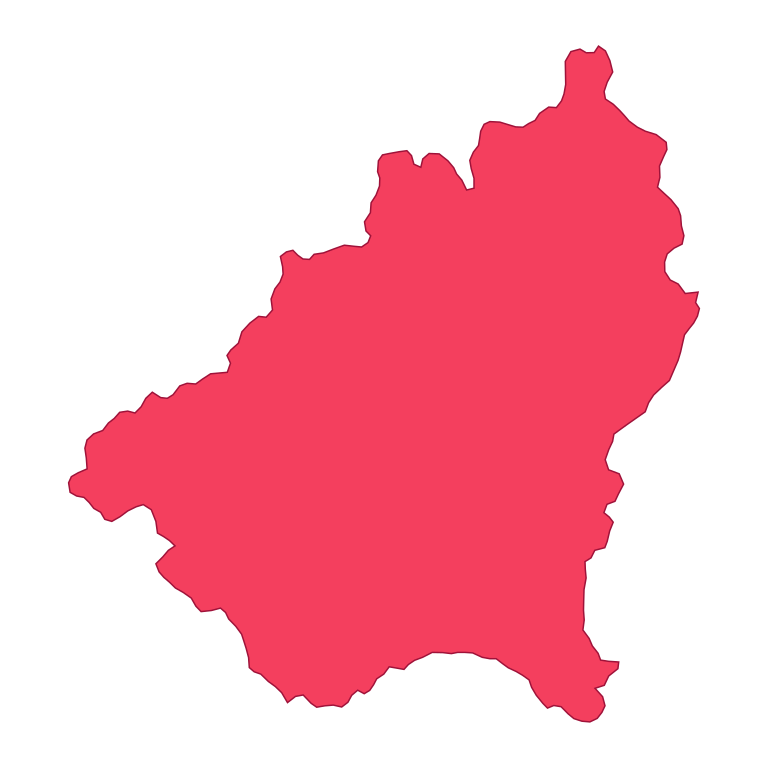 outline of São Sebastião do Maranhão, Minas Gerais, Brazil
{"feature_id": "56859067B30691508843220", "entity_name": "São Sebastião do Maranhão", "entity_type": "district", "adm_level": 2, "iso_a3": "BRA", "parent_name": "Brazil", "parent_adm1": "Minas Gerais", "projection": "orthographic", "projection_center": [-42.542, -18.046], "detail": "fine", "context": "isolated", "style": "filled", "palette": "rose", "viewbox_px": 768, "rotation_deg": 0, "n_neighbors": 0, "source": "geoboundaries", "source_scale": "gbopen_adm2", "svg_char_len": 3584}
<svg xmlns="http://www.w3.org/2000/svg" viewBox="0 0 768 768"><path d="M548.7,107.1L539.6,113.4L535.1,120.4L528.6,123.6L523.1,127.2L515.7,126.9L508.0,124.6L499.8,122.1L489.9,121.6L484.1,124.3L480.7,131.2L479.6,138.9L478.5,145.5L473.4,152.1L469.8,160.3L471.2,168.5L474.0,178.3L474.0,188.2L466.6,190.0L461.8,180.1L456.6,174.0L453.7,167.7L447.9,160.8L439.2,153.9L429.1,153.5L422.8,158.9L420.8,167.3L413.9,164.2L411.5,155.6L406.9,150.7L399.3,151.7L389.3,153.5L382.5,154.9L378.4,160.8L377.6,171.7L379.8,178.0L379.5,186.1L376.0,195.2L371.1,202.8L370.4,212.7L364.5,221.8L366.0,231.0L370.7,235.8L368.0,242.6L361.6,247.0L354.1,246.3L344.3,245.2L333.9,248.9L323.5,252.9L314.1,254.3L309.5,259.4L303.0,259.0L297.7,255.2L292.9,250.3L286.4,251.9L280.4,256.5L282.6,266.7L283.1,274.1L280.0,282.1L274.9,288.8L271.1,299.0L272.5,310.0L266.2,317.2L258.6,316.4L249.9,323.1L241.9,331.8L238.4,343.2L230.8,350.0L227.0,355.5L230.5,363.2L227.3,372.3L210.6,373.8L202.6,379.0L195.7,384.0L187.1,383.3L179.8,385.9L173.1,394.7L167.3,398.3L160.7,397.6L152.3,392.2L145.8,398.3L141.2,406.7L135.0,413.0L127.7,411.1L119.7,412.3L114.2,418.5L108.5,422.9L102.7,430.5L93.6,433.9L87.0,440.0L84.9,448.2L86.3,458.0L87.1,468.9L78.3,472.7L71.4,476.6L68.6,482.8L70.1,492.3L76.6,496.0L84.0,497.4L89.2,502.5L93.8,508.4L100.7,512.3L104.8,519.3L111.8,521.4L120.0,516.7L127.8,510.9L136.1,506.8L143.3,504.6L151.3,509.7L155.9,521.4L157.5,533.1L163.5,536.5L169.4,540.5L175.0,545.9L168.4,550.3L162.8,556.9L155.9,563.8L159.1,571.9L163.9,577.4L169.5,582.2L175.4,588.0L183.0,592.3L191.3,598.1L195.9,606.2L201.1,611.6L211.4,610.5L220.5,608.1L225.6,612.5L228.7,619.0L235.8,626.3L241.6,634.2L243.8,640.9L246.2,648.5L248.6,657.6L249.3,667.6L254.2,671.8L260.8,674.1L268.4,681.5L275.4,686.6L281.7,692.7L287.5,702.6L295.5,696.4L303.2,695.0L311.1,703.3L316.7,707.2L324.9,705.8L333.3,705.1L341.7,707.0L347.9,702.3L351.7,695.3L357.7,690.2L364.2,693.7L369.7,690.4L373.6,684.7L376.7,678.8L383.8,674.1L389.2,666.8L397.3,668.2L404.0,669.4L408.4,664.5L414.6,660.3L422.6,657.3L432.2,652.4L442.7,652.6L451.4,653.6L457.6,652.4L464.9,652.4L472.6,652.9L482.2,657.3L489.8,658.7L496.2,658.7L502.8,663.8L508.3,667.8L516.2,671.5L522.5,675.2L529.1,679.9L531.6,687.3L536.3,695.3L542.9,703.4L547.5,708.1L553.8,705.5L561.1,706.7L568.2,713.9L573.9,718.6L581.9,721.2L589.9,721.9L597.2,718.4L601.9,712.4L605.0,705.8L602.6,696.7L595.0,688.3L604.3,685.3L608.7,676.0L617.9,668.7L618.7,662.0L608.5,661.3L600.6,660.1L598.1,653.3L592.3,645.9L589.1,638.4L582.9,630.0L584.2,620.0L583.5,610.2L583.7,600.6L584.0,589.7L586.1,578.0L585.3,569.3L585.0,561.6L591.0,557.9L594.8,550.3L604.8,547.7L607.2,541.4L609.7,530.9L613.2,522.2L609.3,517.1L603.9,512.7L607.0,504.3L615.0,501.3L618.4,494.0L623.6,484.1L619.2,473.8L608.6,469.8L605.2,459.7L608.8,449.5L612.6,441.4L613.9,434.1L619.5,430.0L626.4,425.0L635.9,418.3L645.2,411.8L648.6,402.7L653.6,395.0L661.6,387.4L669.4,380.5L674.0,369.8L678.1,360.3L680.6,351.9L682.5,343.5L684.5,334.8L689.4,328.3L693.6,323.1L697.4,316.2L699.4,308.5L695.6,302.6L698.1,292.1L685.2,293.5L678.2,284.0L670.2,280.0L664.8,271.6L664.6,262.0L667.2,253.9L674.1,248.1L682.1,244.1L683.9,235.7L681.4,225.9L680.6,215.7L678.2,208.7L671.0,199.7L663.7,193.0L657.5,187.2L659.9,177.4L659.5,166.0L663.7,156.4L666.9,149.6L666.2,142.3L656.2,134.6L645.3,131.2L637.4,127.2L629.0,121.0L624.1,115.3L619.6,110.4L613.3,104.3L605.4,99.0L604.1,91.5L607.2,82.2L612.7,72.0L609.9,60.7L605.4,50.9L598.5,46.1L594.2,52.6L586.3,52.8L580.0,49.1L570.9,51.6L565.3,61.4L565.5,73.3L565.7,84.5L564.0,94.0L561.5,100.9L556.4,107.6L548.7,107.1Z" fill="#f43f5e" stroke="#9f1239" stroke-width="1.5"/></svg>